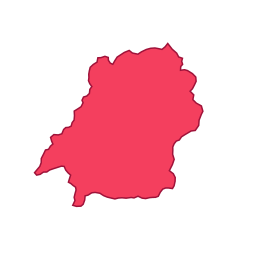 the district of Bonito de Santa Fé, Paraíba, Brazil, rotated 205°
{"feature_id": "56859067B84735993458743", "entity_name": "Bonito de Santa Fé", "entity_type": "district", "adm_level": 2, "iso_a3": "BRA", "parent_name": "Brazil", "parent_adm1": "Paraíba", "projection": "robinson", "projection_center": [-38.472, -7.289], "detail": "fine", "context": "isolated", "style": "filled", "palette": "rose", "viewbox_px": 256, "rotation_deg": 205, "n_neighbors": 0, "source": "geoboundaries", "source_scale": "gbopen_adm2", "svg_char_len": 1925}
<svg xmlns="http://www.w3.org/2000/svg" viewBox="0 0 256 256"><g transform="rotate(205 128 128)"><path d="M67.2,174.8L70.8,179.0L76.6,179.4L81.2,181.1L82.4,185.8L87.3,187.6L86.2,190.7L86.0,195.0L86.0,199.1L88.1,202.8L92.5,204.5L95.7,204.9L98.3,205.2L101.4,204.7L104.8,202.5L106.2,206.0L105.4,208.8L107.5,211.1L108.1,214.2L112.1,213.8L115.5,216.4L121.3,218.1L127.7,221.4L128.7,217.2L130.4,213.6L134.4,212.7L137.4,211.9L141.2,209.8L144.6,206.9L148.1,202.6L150.2,199.1L155.7,197.8L159.7,198.8L163.3,194.9L167.8,187.7L168.4,183.3L168.7,179.3L171.5,179.3L174.4,181.1L175.7,183.6L179.2,183.2L182.3,180.3L185.0,178.9L183.9,174.6L186.3,171.0L187.9,167.0L187.2,163.5L186.3,160.2L184.7,157.1L183.8,154.2L181.4,152.0L178.3,150.3L178.9,146.9L177.6,143.0L178.9,139.5L181.4,137.3L181.4,133.7L179.4,131.9L179.5,127.5L181.4,124.4L183.9,120.6L181.7,116.5L180.2,112.4L180.9,109.3L180.3,105.7L182.1,103.5L184.6,102.1L185.7,99.5L185.5,94.8L188.2,92.3L192.4,90.7L194.2,86.8L191.8,84.0L189.3,81.7L190.6,78.8L191.0,75.1L193.5,73.2L193.5,69.0L193.7,63.7L192.0,59.9L191.7,55.8L192.7,52.2L193.8,48.0L190.9,46.7L188.0,48.9L186.0,52.3L183.0,53.8L181.3,56.8L178.4,59.6L174.6,63.1L172.2,65.3L169.6,66.2L166.7,63.6L163.3,62.0L160.1,61.1L159.6,57.2L159.1,53.7L156.2,53.5L153.4,52.7L150.5,52.2L148.9,49.9L148.2,45.9L147.5,42.4L145.4,39.8L145.4,34.6L141.6,35.2L137.6,37.3L136.4,39.9L136.8,44.4L138.2,48.4L135.9,50.2L133.5,53.9L130.6,55.7L125.9,57.0L121.5,56.4L117.6,56.6L113.2,57.5L109.9,58.2L107.1,60.5L104.0,62.2L100.1,63.6L95.7,66.4L93.0,67.2L90.1,70.4L85.6,70.4L82.2,71.5L79.0,74.0L76.4,75.5L73.8,76.8L71.7,78.9L71.6,83.4L70.7,87.3L68.5,89.6L66.1,90.7L62.1,91.9L61.8,95.1L62.8,99.6L64.3,103.1L67.6,105.7L72.5,106.8L72.3,113.6L72.9,119.1L76.4,123.0L78.0,126.8L79.4,129.7L79.5,133.3L78.7,136.6L76.4,138.8L75.8,142.6L73.7,145.9L69.5,152.0L66.0,154.2L65.0,160.2L66.9,165.2L67.3,171.4L67.2,174.8Z" fill="#f43f5e" stroke="#9f1239" stroke-width="1.5"/></g></svg>